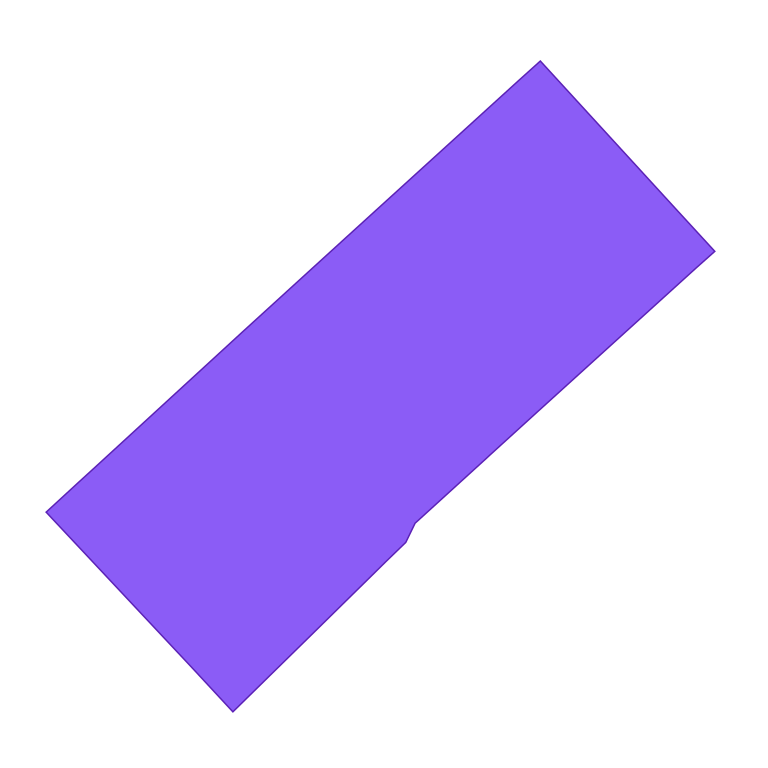 outline of Valcheta, Río Negro, Argentina, rotated 47°
{"feature_id": "61730980B79261334873375", "entity_name": "Valcheta", "entity_type": "district", "adm_level": 2, "iso_a3": "ARG", "parent_name": "Argentina", "parent_adm1": "Río Negro", "projection": "albers", "projection_center": [-66.153, -40.955], "detail": "fine", "context": "isolated", "style": "filled", "palette": "violet", "viewbox_px": 768, "rotation_deg": 47, "n_neighbors": 0, "source": "geoboundaries", "source_scale": "gbopen_adm2", "svg_char_len": 513}
<svg xmlns="http://www.w3.org/2000/svg" viewBox="0 0 768 768"><g transform="rotate(47 384 384)"><path d="M520.7,718.1L520.7,717.9L520.7,717.6L519.4,666.8L518.1,613.9L515.8,525.4L515.2,504.1L514.7,476.1L507.4,457.2L507.0,456.2L507.1,449.9L508.2,359.5L508.2,355.1L508.3,346.8L509.0,290.6L512.0,77.1L512.6,51.6L457.2,51.2L254.4,49.4L253.9,77.5L251.0,311.1L249.4,452.2L248.1,618.6L247.8,655.4L247.6,673.6L247.3,718.0L247.3,718.5L462.3,717.9L520.7,718.1Z" fill="#8b5cf6" stroke="#5b21b6" stroke-width="1.5"/></g></svg>